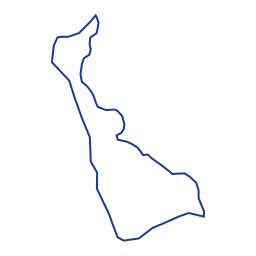 Mesa Geitonia, Limassol, Cyprus (Natural Earth projection)
{"feature_id": "46923920B41585698433240", "entity_name": "Mesa Geitonia", "entity_type": "district", "adm_level": 2, "iso_a3": "CYP", "parent_name": "Cyprus", "parent_adm1": "Limassol", "projection": "natural_earth1", "projection_center": [33.042, 34.71], "detail": "fine", "context": "isolated", "style": "outline", "palette": "blue", "viewbox_px": 256, "rotation_deg": 0, "n_neighbors": 0, "source": "geoboundaries", "source_scale": "gbopen_adm2", "svg_char_len": 918}
<svg xmlns="http://www.w3.org/2000/svg" viewBox="0 0 256 256"><path d="M53.8,45.6L51.9,62.2L69.3,80.7L74.5,97.3L82.1,118.5L89.8,137.2L90.8,161.6L97.1,172.6L96.9,188.7L108.7,213.3L112.9,224.8L117.6,237.2L123.7,240.6L138.6,238.5L152.8,227.8L164.4,223.0L175.5,218.0L179.4,216.3L188.8,213.0L201.2,216.0L203.8,216.6L204.1,211.7L201.2,204.5L198.6,198.0L198.6,190.3L196.2,182.8L189.6,176.6L184.6,173.4L172.3,173.9L163.9,167.0L151.8,158.4L147.9,154.6L143.1,155.1L140.5,151.4L137.1,147.2L130.6,143.3L126.2,141.5L117.7,139.6L116.6,135.3L121.0,133.2L123.9,128.8L124.3,123.6L122.1,115.9L117.5,110.9L114.6,109.5L106.1,110.1L97.9,106.9L95.8,102.7L93.7,96.1L91.1,91.4L87.1,86.3L81.8,81.7L80.5,74.4L81.9,64.0L83.9,58.2L89.3,54.8L90.7,49.5L89.6,43.8L90.4,37.4L96.6,33.2L97.7,28.1L98.5,22.6L96.7,17.3L95.7,15.4L90.2,21.9L79.0,33.1L68.2,36.8L63.7,36.8L61.1,36.8L57.4,37.5L53.8,45.6Z" fill="none" stroke="#1e3a8a" stroke-width="2"/></svg>